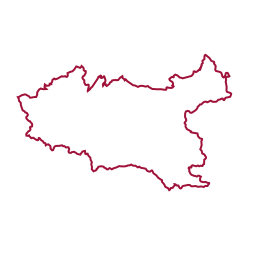 an SVG outline of Hubei, rotated 174°
{"feature_id": "CHN-1807", "entity_name": "Hubei", "entity_type": "Province", "adm_level": 1, "iso_a3": "CHN", "parent_name": "China", "parent_adm1": "", "projection": "albers", "projection_center": [112.208, 31.166], "detail": "fine", "context": "isolated", "style": "outline", "palette": "rose", "viewbox_px": 256, "rotation_deg": 174, "n_neighbors": 0, "source": "natural_earth", "source_scale": "10m", "svg_char_len": 5766}
<svg xmlns="http://www.w3.org/2000/svg" viewBox="0 0 256 256"><g transform="rotate(174 128 128)"><path d="M66.8,138.8L68.4,138.5L69.2,137.5L69.7,136.2L70.1,133.0L69.4,130.8L69.2,129.7L69.7,128.8L71.0,127.6L71.2,127.0L70.3,125.4L70.6,123.6L70.5,122.8L69.5,120.7L65.7,118.1L65.6,117.6L65.8,117.3L64.8,116.8L59.5,115.3L59.3,112.9L58.8,111.7L57.6,110.3L55.6,109.4L55.6,108.6L56.5,107.0L56.5,103.3L58.3,99.2L57.1,97.5L56.8,94.9L54.8,93.7L54.4,92.6L53.6,91.3L53.5,90.3L53.8,89.6L55.5,88.5L56.1,84.2L57.2,83.8L57.7,82.6L58.2,82.4L59.8,82.9L61.2,82.5L62.4,83.4L64.1,82.8L67.9,84.2L69.0,83.4L69.0,82.4L69.3,82.1L71.0,82.5L71.4,82.4L71.8,82.0L71.9,81.3L71.3,80.6L71.6,78.6L70.5,75.7L69.7,74.8L67.3,73.5L65.9,73.2L64.9,72.6L64.1,72.6L63.2,73.2L62.5,73.2L60.6,72.0L61.4,70.8L61.8,68.8L61.7,68.1L61.0,67.1L58.5,66.2L56.3,66.2L54.8,65.2L53.2,64.9L53.1,64.3L55.1,62.0L57.3,62.3L58.8,61.4L61.2,62.2L64.5,62.2L66.7,63.2L70.7,63.3L71.4,63.7L72.5,64.8L73.9,65.1L79.3,64.6L79.9,64.3L81.2,62.7L82.0,62.4L82.8,62.8L83.3,63.8L83.9,65.5L85.3,65.6L86.7,67.0L87.5,67.2L87.3,66.5L87.3,66.1L88.8,65.1L89.4,64.1L90.2,63.8L91.8,63.8L92.6,62.4L93.5,61.9L94.3,63.8L97.1,65.7L97.6,67.5L98.4,69.0L99.7,70.7L99.9,71.2L99.6,72.3L99.8,72.8L100.9,73.4L103.2,75.4L104.8,78.0L107.3,80.2L107.7,81.0L108.2,82.8L108.5,83.2L109.1,83.3L110.6,82.3L111.5,82.4L113.4,83.4L114.7,85.7L119.6,87.2L120.8,88.4L122.3,87.8L124.5,89.7L126.7,89.9L128.7,91.3L130.1,90.7L132.2,90.8L132.9,90.4L134.9,90.2L137.0,90.3L140.9,91.0L143.3,90.1L147.1,89.3L147.7,88.8L148.5,88.6L150.3,90.0L151.1,89.8L152.2,89.0L153.2,89.1L153.6,89.3L154.3,90.3L155.8,91.1L156.3,92.1L159.0,92.8L161.6,92.5L162.4,91.2L162.9,90.7L163.4,90.7L163.7,89.8L164.1,89.4L165.2,88.9L166.2,89.0L166.8,88.6L168.3,90.7L167.9,92.9L168.3,96.0L167.5,97.5L168.5,100.4L168.6,102.5L170.2,104.5L170.9,106.7L171.6,106.7L172.3,106.3L173.2,106.9L173.2,109.7L175.2,109.5L175.9,109.2L178.3,106.5L181.3,107.6L182.2,108.6L184.1,110.0L186.5,109.8L187.4,109.2L188.7,109.5L189.3,109.8L189.6,110.6L189.5,111.3L188.8,112.7L188.8,113.5L189.2,115.0L189.7,115.2L191.6,115.1L193.2,116.6L194.5,116.7L195.1,117.5L195.8,117.7L198.1,117.4L201.4,117.7L202.5,117.4L203.5,116.5L204.8,113.9L205.8,113.7L207.2,115.6L207.0,117.5L207.2,118.3L209.0,120.1L210.6,119.9L211.6,119.4L211.8,121.5L213.4,122.2L214.0,123.7L215.6,124.9L217.1,127.2L217.8,127.3L218.5,125.5L219.4,125.3L220.9,126.2L223.2,128.2L223.9,128.2L224.9,127.9L225.4,128.1L226.1,129.3L227.0,130.1L227.2,131.0L228.6,130.7L229.8,131.0L229.9,132.4L229.4,133.2L227.5,135.0L226.1,135.6L225.2,136.6L225.2,137.5L225.5,138.4L225.3,139.1L224.7,139.4L223.7,139.4L223.2,139.7L222.9,141.9L223.6,143.2L224.4,144.0L224.7,144.9L226.1,145.5L227.8,147.7L228.1,148.6L228.0,149.6L226.5,150.8L226.2,151.9L227.1,153.6L228.6,154.3L229.2,155.4L230.9,156.6L232.2,162.1L232.0,164.2L233.5,166.3L233.6,168.6L234.3,170.2L233.3,170.3L230.2,171.7L227.2,172.2L226.3,172.0L223.2,169.9L222.4,168.5L222.1,168.3L217.4,168.6L216.1,168.4L214.8,170.7L214.7,172.2L214.3,173.3L212.3,175.6L210.4,176.4L209.5,175.8L207.8,175.4L205.1,175.3L205.4,175.7L206.0,176.0L206.8,177.4L206.1,180.0L205.6,179.6L205.0,178.5L202.0,178.5L201.5,179.0L201.2,180.3L200.6,180.3L200.0,179.6L199.7,179.6L199.7,180.6L198.6,181.9L198.1,183.7L196.5,184.8L195.9,184.8L195.5,184.1L195.1,184.0L193.2,184.4L188.4,186.4L187.2,185.9L185.0,186.1L184.1,185.3L183.5,185.2L183.0,185.5L182.4,186.5L182.4,188.9L179.8,189.8L177.4,190.2L175.6,191.5L173.0,194.6L171.9,194.2L169.4,192.8L168.4,193.4L167.7,194.5L167.1,193.7L166.2,192.9L165.9,192.0L166.0,190.3L165.7,189.8L165.2,189.3L164.2,189.1L164.1,188.8L164.2,187.5L164.8,186.4L166.0,184.7L167.4,184.0L168.1,182.7L167.6,181.4L166.5,180.0L166.7,177.7L165.8,175.4L165.0,175.1L163.0,175.3L162.6,174.9L162.8,172.8L164.1,169.6L164.1,169.0L162.1,170.2L160.2,172.2L159.3,172.7L153.1,180.1L152.0,182.0L151.2,182.3L150.3,181.3L150.1,181.7L150.1,182.8L149.8,183.0L149.4,182.8L149.2,180.9L148.9,180.5L148.2,180.6L146.7,181.9L146.2,181.8L145.4,178.0L145.6,176.9L146.2,176.1L148.1,174.6L148.5,173.3L148.4,172.6L146.2,175.1L145.7,174.1L145.5,172.8L144.8,172.0L142.0,173.7L141.1,175.2L139.6,175.7L139.2,176.5L138.7,177.0L135.7,177.1L134.1,176.7L132.8,176.7L130.4,179.0L128.2,180.1L128.1,178.2L126.9,177.3L126.3,175.8L125.2,176.6L123.9,174.7L118.4,170.0L116.5,169.5L113.7,167.8L111.8,168.6L109.1,168.4L106.1,167.3L103.9,167.7L103.0,166.6L99.8,164.3L94.5,163.4L91.6,163.2L87.6,162.2L86.1,162.1L85.7,162.7L85.6,163.9L85.3,164.2L84.9,164.4L83.1,163.7L80.6,163.3L79.4,163.6L78.4,164.6L79.3,165.1L79.6,165.6L78.7,166.4L78.6,168.0L79.3,169.4L80.6,170.2L81.5,171.3L81.8,172.3L81.1,173.0L79.3,174.1L78.8,174.2L77.8,173.7L77.3,173.8L77.0,175.1L75.8,176.0L75.4,176.1L73.3,175.1L71.3,172.8L69.8,172.4L68.4,171.7L59.6,173.1L58.6,173.8L57.2,175.5L56.8,177.3L55.7,177.4L55.0,176.7L54.4,176.6L52.6,177.3L51.9,178.2L50.7,178.2L50.4,179.3L49.9,179.0L49.6,180.1L49.2,180.3L48.9,181.7L48.2,182.2L48.2,183.6L46.8,184.8L47.0,186.9L44.7,188.7L44.7,190.1L44.3,191.8L44.0,192.3L43.2,192.6L39.7,189.1L38.1,186.1L35.5,184.7L35.4,184.0L35.7,183.0L34.6,181.2L34.3,180.3L35.1,177.2L34.9,176.0L34.5,175.5L31.1,174.3L29.7,173.4L29.3,172.6L28.8,169.7L28.3,168.7L27.6,168.3L27.3,168.5L25.6,170.3L25.1,172.1L24.7,172.5L23.6,172.5L22.7,171.8L22.5,170.5L21.7,169.0L22.2,168.6L24.6,168.4L25.4,168.0L25.6,167.4L25.4,165.6L26.0,163.8L25.6,158.6L26.1,155.4L26.0,154.2L25.6,153.5L22.6,152.2L21.8,151.3L22.5,149.4L23.3,148.3L27.6,147.9L28.2,147.5L29.1,146.0L29.6,145.7L30.1,145.9L30.6,147.2L31.5,147.5L33.6,146.7L35.3,146.6L36.9,145.2L37.9,144.9L40.9,145.2L41.5,145.5L42.2,146.2L43.0,146.5L46.3,145.3L47.6,146.0L49.1,146.1L50.7,145.4L52.6,143.8L54.0,143.9L54.9,142.9L56.4,141.9L57.1,140.3L58.9,138.6L62.8,136.6L63.6,136.5L64.3,136.7L64.8,137.1L65.4,138.2L66.8,138.8Z" fill="none" stroke="#9f1239" stroke-width="2"/></g></svg>